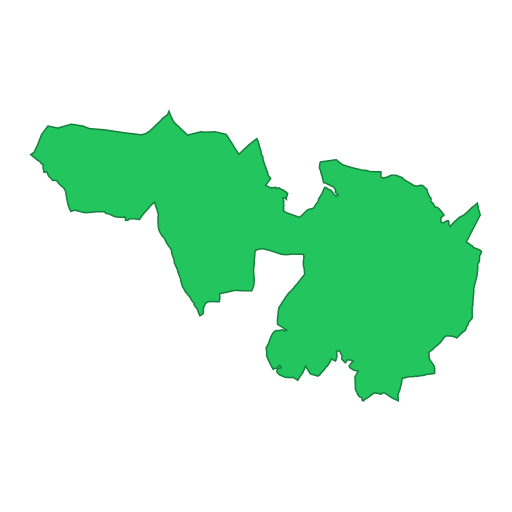 outline of Froland nor, Aust-Agder, Norway
{"feature_id": "86288312B48692676973437", "entity_name": "Froland nor", "entity_type": "district", "adm_level": 2, "iso_a3": "NOR", "parent_name": "Norway", "parent_adm1": "Aust-Agder", "projection": "orthographic", "projection_center": [8.423, 58.587], "detail": "fine", "context": "isolated", "style": "filled", "palette": "green", "viewbox_px": 512, "rotation_deg": 0, "n_neighbors": 0, "source": "geoboundaries", "source_scale": "gbopen_adm2", "svg_char_len": 6099}
<svg xmlns="http://www.w3.org/2000/svg" viewBox="0 0 512 512"><path d="M477.3,203.1L474.6,205.6L472.1,207.3L467.5,211.9L463.6,215.2L459.0,217.5L456.5,220.1L454.6,221.5L451.1,225.4L450.3,226.6L449.0,224.6L448.8,223.9L448.9,221.8L448.8,221.3L447.9,220.5L443.1,222.7L441.9,222.7L441.1,222.2L441.0,220.7L440.7,220.1L441.1,218.5L441.0,217.6L444.0,215.3L443.9,214.7L439.1,208.8L437.4,207.5L434.8,206.8L433.4,203.8L430.7,201.0L430.7,200.7L431.1,198.4L429.2,196.0L427.3,191.5L426.8,189.1L425.5,188.3L423.2,185.9L421.3,185.2L416.8,186.1L414.5,185.8L403.6,179.3L402.5,177.7L396.1,175.3L391.6,175.1L386.4,177.3L383.9,177.8L382.3,177.8L381.2,177.2L380.9,175.6L381.0,171.8L370.2,171.6L366.0,170.3L362.8,170.3L351.1,167.4L342.8,164.8L340.5,163.2L336.2,159.7L320.7,161.9L320.1,162.5L319.9,163.2L319.5,166.0L319.4,167.9L320.6,170.9L320.9,172.7L322.3,176.9L322.6,179.1L323.2,180.4L323.4,182.5L325.5,183.1L333.8,187.1L334.5,188.1L335.8,190.7L335.5,191.0L335.3,192.5L337.1,194.1L338.3,194.7L338.2,195.1L336.4,196.2L336.1,195.8L335.5,195.7L334.4,194.7L333.5,194.2L333.3,193.6L332.6,192.5L331.0,190.4L328.7,189.4L325.9,187.6L324.9,187.3L324.5,187.8L323.3,190.3L322.6,192.5L318.9,198.5L318.5,199.5L318.0,201.9L316.5,203.4L314.1,207.3L313.9,208.0L307.6,209.8L299.7,217.4L286.4,212.7L283.3,210.9L283.9,209.6L283.3,207.7L283.9,206.1L283.9,205.3L283.5,203.2L283.7,202.5L283.8,200.9L283.3,199.9L283.4,198.8L283.0,198.0L284.7,197.9L286.5,199.3L286.4,197.9L286.5,197.0L286.7,196.8L286.8,195.8L287.2,195.4L287.3,194.0L287.7,193.6L287.4,193.3L285.3,191.4L284.6,191.5L283.3,190.0L280.9,189.4L279.5,188.0L277.9,187.9L276.5,188.6L275.7,187.2L274.6,187.6L270.3,187.7L265.6,185.4L270.7,178.5L267.9,174.8L267.5,171.8L266.4,169.8L266.4,169.3L263.8,162.1L262.8,158.4L262.7,157.9L263.0,157.2L261.2,153.8L261.2,152.5L260.7,150.0L259.4,146.5L259.2,145.0L258.1,141.2L256.8,138.6L249.2,144.5L238.9,154.2L233.9,146.7L233.5,145.8L227.9,137.0L226.0,134.3L215.1,131.8L204.1,132.2L201.2,131.7L187.6,135.1L174.0,122.3L170.6,115.6L169.0,111.2L167.9,113.9L167.2,115.0L163.1,117.8L161.0,120.3L149.9,130.9L145.6,133.7L141.2,134.8L125.2,132.9L104.4,129.8L89.4,128.6L82.7,126.0L71.2,124.2L57.7,128.1L48.0,126.0L41.6,134.5L37.8,144.4L34.0,152.4L30.7,154.6L37.9,160.5L39.4,161.2L40.7,162.5L41.4,163.8L43.3,164.5L43.0,166.9L43.9,172.3L44.9,172.3L46.7,171.6L48.6,176.0L51.5,179.1L52.3,180.2L56.9,180.7L58.3,183.0L60.9,185.6L63.7,187.9L65.4,190.8L67.8,203.9L69.7,209.3L70.9,211.5L74.4,210.1L83.7,212.5L86.4,212.7L97.4,211.7L104.4,211.7L105.9,213.4L108.9,213.9L114.6,216.6L118.7,217.2L122.4,217.4L124.9,217.0L125.3,217.2L125.4,220.1L125.6,220.4L127.8,220.3L129.6,218.8L135.2,218.8L139.4,219.6L143.1,214.2L149.1,207.7L149.3,207.0L150.3,206.0L154.5,202.0L156.2,207.5L157.0,209.5L157.6,212.1L158.5,214.6L158.0,217.0L158.0,221.2L158.2,225.1L158.5,228.5L159.5,231.4L162.2,236.2L164.1,237.8L166.6,242.9L171.5,250.1L171.6,252.9L173.3,257.8L173.7,258.4L174.1,260.1L174.3,262.7L177.6,270.1L177.8,271.8L178.4,273.2L178.6,274.3L179.5,275.8L179.8,277.1L180.6,278.6L180.8,280.9L180.8,281.6L181.4,282.8L182.4,286.6L183.9,288.9L185.5,292.0L189.8,296.9L191.6,300.3L194.2,303.5L193.9,304.3L195.1,306.3L197.4,309.3L198.3,312.1L199.9,315.8L202.9,314.0L203.4,312.0L203.5,307.9L205.2,304.1L206.5,302.6L208.0,301.9L211.5,301.5L219.2,301.8L219.7,299.9L219.8,296.8L219.6,293.6L226.6,292.3L234.7,290.4L243.8,290.8L251.7,290.8L253.7,285.8L254.3,280.2L253.6,271.6L253.6,268.7L254.3,263.7L254.2,262.4L255.1,250.5L258.5,249.3L262.6,248.7L271.4,250.9L281.0,254.2L283.1,254.5L286.8,254.7L292.4,254.1L303.3,254.3L304.2,256.0L303.7,256.2L303.9,257.4L303.8,258.8L303.5,259.8L303.3,262.3L303.4,265.6L304.2,268.8L304.6,274.6L303.6,275.6L296.8,284.3L294.9,286.1L294.5,287.0L291.0,291.0L288.8,292.8L286.2,296.5L285.5,297.2L284.6,299.0L281.8,302.9L281.5,303.7L278.9,307.5L278.3,310.9L277.4,320.4L277.6,324.4L281.0,326.4L286.7,330.2L285.1,331.0L282.0,329.7L280.2,330.4L275.8,330.6L273.5,332.3L271.8,335.0L269.4,340.7L268.8,342.9L266.7,346.9L266.1,347.6L266.7,352.2L266.6,355.4L266.9,356.5L268.6,360.6L272.1,367.5L272.6,368.1L272.8,369.0L273.5,369.3L273.8,368.6L276.8,368.3L277.9,367.9L278.4,366.5L279.1,366.1L279.3,365.5L281.1,367.0L281.1,367.5L280.9,367.9L278.8,368.1L277.7,368.9L276.7,371.2L277.3,372.7L279.6,374.9L285.1,377.3L289.5,377.6L293.4,377.5L297.8,380.3L299.2,377.7L302.8,372.7L304.6,368.5L305.5,366.1L310.4,373.9L317.9,376.1L320.1,374.6L320.4,373.8L324.1,369.9L326.4,366.7L327.1,366.3L329.9,362.2L331.3,359.0L335.5,361.0L335.9,360.1L336.4,358.1L337.0,356.7L336.5,351.1L338.3,351.0L339.2,350.6L339.4,351.2L339.8,351.3L340.2,352.4L340.8,353.3L340.9,354.0L342.0,355.0L341.8,355.1L342.1,355.6L341.7,359.1L345.3,362.8L347.6,359.8L351.2,360.2L352.7,360.9L353.2,361.3L352.0,362.0L349.1,366.1L349.4,366.9L349.8,367.6L353.0,369.7L354.6,370.4L358.1,371.2L354.9,377.1L355.1,379.4L355.4,389.6L357.0,392.3L357.2,393.3L358.0,394.9L359.6,396.9L361.4,397.4L361.7,397.8L362.0,398.2L362.0,399.9L362.2,400.4L363.8,400.8L364.2,399.8L368.1,397.5L368.6,396.9L370.3,396.0L370.9,395.2L374.0,393.3L374.4,392.7L376.7,393.3L379.7,393.6L379.9,394.1L381.2,394.1L383.8,392.5L392.7,398.3L398.3,400.8L398.4,399.2L398.0,397.0L398.0,395.0L398.8,392.3L399.7,390.2L400.5,386.7L401.5,383.5L401.8,380.5L402.4,378.0L404.0,378.1L408.3,376.8L413.8,376.6L415.9,376.0L416.3,376.3L418.0,376.2L420.9,375.6L423.4,375.5L427.0,374.4L430.7,373.9L431.3,374.1L434.7,373.3L434.6,369.3L434.7,368.5L434.5,367.9L434.4,366.6L433.4,364.9L430.4,360.6L429.2,358.4L429.0,353.1L428.8,352.3L432.9,349.3L435.0,346.9L436.7,345.8L440.0,342.9L443.5,338.3L445.5,336.1L447.4,335.9L451.6,336.1L454.6,336.9L456.8,338.0L461.5,333.2L465.4,330.2L465.9,329.1L466.2,327.6L467.8,325.0L468.9,321.9L470.6,320.1L472.2,318.1L472.2,308.0L472.5,306.1L472.9,304.6L472.8,303.8L473.1,298.7L473.8,291.7L473.7,289.4L474.2,286.2L476.8,276.7L477.4,272.1L477.7,267.9L478.0,267.0L477.5,265.3L477.6,264.4L479.2,261.6L479.6,258.5L479.5,256.5L479.9,255.3L481.2,252.9L481.3,251.1L479.2,249.7L473.4,247.5L472.7,246.2L469.9,244.5L468.6,243.2L466.7,242.6L466.3,242.0L480.2,215.0L479.4,211.9L478.3,208.8L478.0,205.7L477.3,203.1Z" fill="#22c55e" stroke="#15803d" stroke-width="1.5"/></svg>